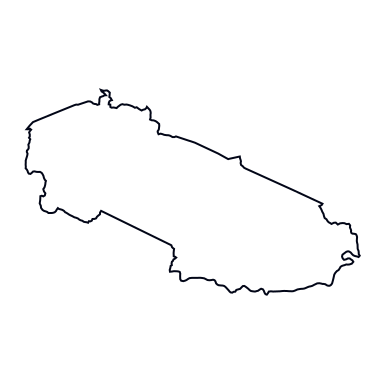 Manoel Vitorino, Bahia, Brazil (orthographic projection), rotated 178°
{"feature_id": "56859067B7566459319079", "entity_name": "Manoel Vitorino", "entity_type": "district", "adm_level": 2, "iso_a3": "BRA", "parent_name": "Brazil", "parent_adm1": "Bahia", "projection": "orthographic", "projection_center": [-40.553, -14.068], "detail": "fine", "context": "isolated", "style": "outline", "palette": "ink", "viewbox_px": 384, "rotation_deg": 178, "n_neighbors": 0, "source": "geoboundaries", "source_scale": "gbopen_adm2", "svg_char_len": 5014}
<svg xmlns="http://www.w3.org/2000/svg" viewBox="0 0 384 384"><g transform="rotate(178 192 192)"><path d="M37.1,114.1L34.8,114.8L33.2,116.6L34.1,118.1L35.4,119.0L36.7,120.1L38.4,120.2L40.4,119.3L42.4,118.9L43.4,120.0L44.0,121.1L44.3,122.4L43.8,124.1L41.7,125.6L39.8,126.9L38.1,127.3L36.8,126.9L35.4,125.9L34.2,124.3L33.0,123.1L31.3,122.3L29.3,121.8L27.8,121.2L26.6,122.5L27.5,124.1L27.5,125.7L27.6,127.3L28.4,129.4L28.4,131.8L28.4,133.8L28.8,135.7L29.0,137.3L28.8,139.5L28.6,141.2L29.0,142.9L29.8,144.2L31.5,144.6L33.2,144.8L34.2,145.6L34.5,146.8L34.3,148.2L34.9,149.8L35.4,151.0L35.1,153.1L36.3,154.7L38.7,154.5L40.7,155.5L42.6,155.7L45.1,155.5L47.4,154.4L49.4,156.4L51.3,156.3L53.7,155.2L55.1,156.2L56.5,157.0L57.6,158.3L58.6,160.1L60.3,161.3L60.9,163.2L61.4,165.7L62.2,167.1L62.7,168.3L63.2,169.7L63.8,171.0L64.4,172.1L65.3,173.4L64.0,173.9L62.8,174.5L62.0,175.7L91.3,190.6L137.7,213.6L139.2,214.5L140.3,215.9L142.0,217.3L142.4,219.2L142.0,221.0L142.3,222.3L142.8,223.9L143.0,225.8L153.4,223.9L154.7,223.6L164.5,229.5L187.4,241.2L191.6,242.8L193.4,243.4L206.1,248.1L207.6,247.5L209.6,247.6L211.7,248.9L213.3,249.5L215.6,249.7L217.8,250.1L219.4,250.8L221.3,251.4L223.4,250.9L224.1,252.7L224.2,253.9L223.0,255.6L222.7,257.4L222.4,259.3L222.5,261.2L223.5,262.1L224.4,263.0L225.9,264.1L227.8,264.9L229.8,265.1L231.4,265.9L230.8,267.8L230.8,270.7L230.5,272.4L230.7,274.2L231.3,275.5L232.7,277.1L234.1,278.7L234.7,277.5L236.1,276.3L238.0,275.9L239.5,275.2L241.8,276.6L243.2,277.7L244.3,278.6L246.1,278.2L248.5,279.7L250.9,280.7L253.0,281.4L254.5,281.7L256.6,281.6L258.5,282.2L260.3,281.7L262.0,280.5L263.3,279.6L264.4,278.5L267.4,279.2L269.5,279.1L270.6,279.8L270.6,282.2L272.2,282.5L272.0,284.1L271.4,285.5L270.1,286.4L268.9,286.6L269.9,288.6L271.3,289.8L271.0,291.6L270.7,294.2L272.2,295.7L273.4,296.5L275.1,296.4L276.3,296.2L277.7,296.5L279.5,297.2L278.8,295.6L277.4,294.7L275.7,293.0L274.7,291.7L276.0,291.7L277.5,290.9L278.7,290.6L280.6,289.9L281.3,288.0L281.4,285.7L281.7,284.2L281.7,282.9L283.6,282.4L284.8,283.2L286.4,283.4L287.9,284.0L288.9,285.1L290.5,286.0L292.7,286.2L302.9,283.2L304.7,283.4L306.5,282.9L328.1,275.0L342.7,269.6L348.5,267.4L351.9,264.0L355.0,260.5L353.3,260.4L351.8,260.9L350.6,259.9L352.0,258.4L352.7,257.2L352.1,255.1L352.2,253.1L353.0,251.9L351.8,250.4L352.4,249.0L352.7,247.2L353.9,245.0L353.6,243.1L353.7,241.4L354.4,240.2L355.5,239.2L355.7,237.9L355.0,236.0L355.4,234.2L355.9,232.7L356.5,231.0L357.1,229.1L357.1,227.6L357.3,225.0L357.2,223.0L357.4,221.4L356.3,220.2L355.6,218.8L355.2,217.3L354.5,216.1L352.8,215.7L351.5,216.7L350.1,218.0L348.6,218.1L346.9,217.6L345.2,217.4L343.2,217.4L341.6,216.4L340.7,215.0L339.9,213.3L339.5,211.3L338.7,209.4L337.6,208.2L338.1,206.7L338.3,205.0L338.7,203.4L339.3,201.7L340.5,200.1L339.9,197.7L338.6,195.8L339.2,193.7L340.8,192.8L342.2,193.5L343.7,193.1L343.8,191.4L344.0,189.2L344.6,185.9L343.6,183.6L343.4,181.4L342.0,179.3L340.4,178.2L338.8,177.7L337.4,177.1L336.2,176.0L334.6,176.0L333.4,175.9L331.8,176.0L330.0,176.5L328.7,177.6L327.8,179.1L326.6,180.6L325.6,179.7L323.8,179.2L322.1,178.6L320.5,177.5L319.5,176.2L318.3,175.6L317.1,174.8L315.6,173.7L314.4,173.0L312.6,172.1L310.4,170.8L308.7,170.3L306.9,169.5L305.4,168.2L303.9,167.5L302.4,167.0L301.4,166.1L300.0,165.7L298.6,165.5L296.9,164.9L296.1,166.4L294.5,166.2L293.2,166.8L292.4,168.5L290.4,168.5L288.8,169.0L287.8,170.6L286.5,171.7L284.8,172.9L284.6,174.7L283.5,176.3L214.5,139.5L213.9,137.6L213.0,136.6L211.9,135.8L212.2,134.0L212.5,131.8L212.5,130.0L212.5,128.4L211.1,127.8L210.1,127.0L211.2,126.1L212.9,125.2L213.4,123.9L214.5,123.0L214.9,121.3L214.7,119.6L215.9,118.9L216.4,116.6L217.0,114.9L216.8,113.1L214.9,113.2L212.9,113.5L209.9,113.3L208.5,113.1L207.1,112.6L206.6,111.0L206.8,108.4L206.8,105.3L205.9,103.7L203.8,103.2L202.1,103.6L200.6,104.2L199.2,105.1L197.5,106.0L194.9,106.2L192.7,106.1L189.5,106.0L186.9,106.0L184.8,105.7L182.8,105.3L180.8,104.2L179.6,103.5L177.7,103.2L175.8,103.3L174.0,103.6L172.6,103.1L171.7,101.9L171.1,99.8L169.8,98.5L168.6,97.9L166.4,97.6L164.5,97.4L163.2,97.0L162.0,96.1L161.0,95.0L159.8,93.6L158.7,92.3L157.9,91.2L156.9,90.3L155.3,90.0L153.9,90.8L152.2,90.9L151.1,92.6L149.1,93.1L147.3,93.5L146.0,94.8L144.5,96.2L143.0,96.3L141.9,95.6L140.4,94.4L139.0,93.2L137.8,91.9L136.5,91.0L134.6,90.6L132.5,90.3L130.9,90.7L129.4,91.0L127.8,92.1L126.3,92.9L124.6,92.3L123.7,90.9L123.0,88.8L122.1,87.3L120.8,86.8L119.6,88.3L118.7,89.8L116.6,90.0L114.4,89.7L113.0,89.7L111.5,89.7L109.4,89.7L107.6,89.7L106.2,89.8L104.6,89.9L103.3,89.9L101.7,89.8L100.3,89.7L98.6,89.5L97.1,89.4L95.4,89.3L94.1,89.4L92.2,90.0L90.1,90.9L88.2,91.2L86.4,91.4L84.8,91.4L83.2,91.6L81.9,92.0L79.7,92.9L78.1,93.4L76.7,93.6L75.1,94.0L73.1,95.0L71.7,95.6L70.1,96.3L68.0,96.4L66.1,96.0L64.9,95.6L63.5,95.5L61.8,95.1L60.8,94.2L59.3,93.6L57.7,93.5L56.3,94.3L55.2,95.7L54.4,98.2L53.7,100.6L53.1,102.9L52.7,104.5L51.6,106.2L50.0,107.9L48.2,108.9L47.0,110.6L46.1,112.1L44.7,112.9L43.4,113.3L42.0,113.6L40.4,114.2L38.8,114.0L37.1,114.1Z" fill="none" stroke="#020617" stroke-width="2"/></g></svg>